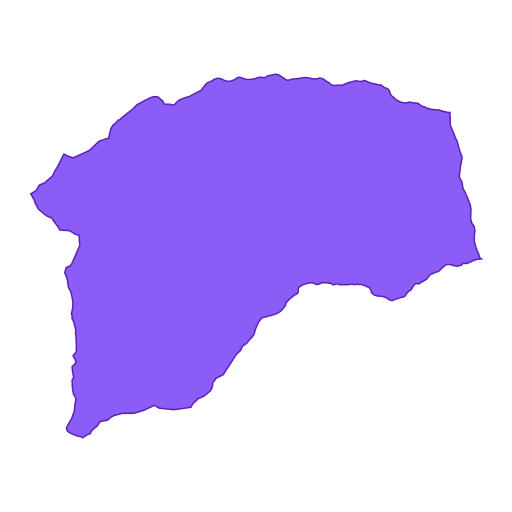 Gasetsho Om, Wangdi Phodrang, Bhutan
{"feature_id": "84629894B49729691627906", "entity_name": "Gasetsho Om", "entity_type": "district", "adm_level": 2, "iso_a3": "BTN", "parent_name": "Bhutan", "parent_adm1": "Wangdi Phodrang", "projection": "mercator", "projection_center": [89.831, 27.343], "detail": "fine", "context": "isolated", "style": "filled", "palette": "violet", "viewbox_px": 512, "rotation_deg": 0, "n_neighbors": 0, "source": "geoboundaries", "source_scale": "gbopen_adm2", "svg_char_len": 5930}
<svg xmlns="http://www.w3.org/2000/svg" viewBox="0 0 512 512"><path d="M481.3,258.9L480.0,258.1L478.5,253.8L476.8,249.9L475.4,245.7L474.4,241.2L474.2,236.3L474.9,230.6L474.2,226.4L471.8,223.1L470.6,218.6L470.8,214.2L471.0,209.2L470.1,204.0L469.5,203.0L469.1,201.6L468.2,200.0L467.8,198.6L467.3,197.1L466.4,195.3L465.7,193.8L465.2,192.4L463.3,189.0L462.8,187.4L462.4,184.4L461.8,181.8L461.3,180.6L460.6,179.6L459.9,178.3L459.4,176.7L459.4,175.5L459.8,171.8L459.9,170.5L460.2,169.5L460.2,168.5L460.5,166.8L460.5,165.4L461.0,164.0L461.2,162.9L461.3,161.3L461.8,159.7L462.1,158.3L461.8,156.8L461.7,155.4L460.9,154.1L460.4,152.3L459.8,151.0L459.3,149.5L458.9,148.0L458.5,146.6L458.0,144.5L457.6,143.2L457.2,141.7L456.7,140.2L455.9,138.9L455.2,137.8L454.7,135.8L453.8,133.6L453.4,132.5L452.9,131.4L452.4,130.7L452.0,129.6L451.8,128.5L451.2,127.4L450.6,126.4L450.2,122.6L450.3,118.6L449.9,114.3L450.1,112.4L447.7,112.5L445.9,111.9L443.9,111.5L441.9,110.9L440.8,110.7L439.0,110.0L438.1,109.7L437.3,109.9L436.2,109.9L434.6,109.7L430.1,109.1L428.1,108.5L427.1,108.3L424.7,106.9L422.5,106.4L420.1,105.0L419.2,104.4L418.7,103.6L417.1,103.2L415.6,103.0L412.5,102.9L410.6,102.2L409.6,102.1L408.3,102.4L406.8,102.8L406.0,102.9L405.1,102.8L403.1,102.6L402.2,102.4L400.5,102.1L398.9,101.2L397.1,100.4L395.7,99.6L394.7,98.4L393.8,97.5L392.6,96.6L391.6,95.9L390.8,94.7L389.9,92.5L389.5,91.1L388.9,90.0L388.4,89.4L387.5,88.8L386.1,88.1L385.2,87.9L383.9,87.3L382.7,86.3L382.1,85.7L380.9,85.0L378.7,84.8L377.2,84.5L376.0,84.1L374.6,83.8L372.6,83.5L370.6,83.0L369.7,82.6L368.6,82.3L367.7,81.9L366.7,81.4L365.0,80.6L364.1,80.5L362.2,81.2L361.0,81.4L359.1,81.4L357.8,81.1L357.1,80.9L355.2,80.9L354.4,81.0L352.1,81.9L348.9,82.4L347.6,82.9L346.1,83.6L344.6,84.2L343.3,84.9L341.7,85.3L339.5,85.2L337.7,85.2L336.1,85.3L334.4,85.5L331.2,84.9L328.9,82.6L326.9,81.6L323.6,79.2L321.7,78.3L319.1,78.1L317.4,78.8L313.4,78.9L306.2,77.5L303.5,77.7L296.8,78.7L291.8,79.1L289.7,79.9L287.6,80.3L285.2,79.4L284.2,78.4L280.9,76.3L278.9,75.0L275.9,74.3L275.1,74.3L271.6,75.1L268.2,75.7L267.2,76.1L265.0,77.7L259.2,77.2L254.2,78.9L249.6,79.5L246.3,79.5L241.9,78.0L240.3,77.4L238.4,77.2L236.1,78.5L233.8,80.1L232.5,80.3L231.1,81.1L230.4,81.2L227.9,81.3L225.2,80.7L221.3,78.9L217.7,78.2L214.4,79.3L211.0,81.3L206.8,83.2L204.7,85.7L201.0,90.4L191.4,95.3L189.5,96.5L185.9,97.4L182.8,98.6L179.3,100.0L176.3,102.5L174.6,104.6L172.8,105.0L169.6,104.2L165.5,104.2L164.4,104.3L162.6,100.8L159.6,98.4L158.4,97.1L155.0,96.6L152.5,97.0L150.9,97.5L149.3,98.3L144.8,100.5L137.0,104.7L134.7,107.0L132.2,109.6L130.8,110.6L130.1,111.1L129.2,111.8L125.0,115.2L123.9,116.0L121.6,117.8L119.5,120.0L118.1,120.1L115.5,123.4L113.3,124.8L110.8,128.7L108.6,138.3L106.8,138.6L105.8,138.8L103.0,139.9L98.9,141.3L89.6,150.3L82.2,153.8L75.9,156.6L75.2,156.9L73.0,157.8L68.6,156.4L63.9,154.1L57.5,166.9L55.3,170.2L52.3,176.3L47.9,179.9L44.9,182.7L43.3,183.4L39.1,185.2L36.3,190.3L31.9,193.3L30.7,193.6L34.4,200.4L35.0,202.9L38.3,209.0L43.8,213.7L47.2,216.2L51.9,218.1L53.8,221.2L57.7,226.4L59.9,230.0L63.8,230.3L68.7,230.6L72.3,232.2L75.4,234.4L79.2,235.3L79.3,240.1L79.8,245.4L77.9,249.6L74.9,256.8L71.8,263.7L69.9,266.0L66.3,267.4L65.2,271.0L64.7,272.9L66.3,276.2L67.5,280.4L68.0,284.6L68.6,287.9L70.8,291.6L71.9,296.1L73.0,303.3L72.5,308.9L71.4,313.9L72.2,316.3L72.0,318.3L73.9,322.2L74.7,325.8L75.8,330.2L75.6,333.8L76.1,338.5L76.4,347.3L76.2,351.7L75.3,353.1L73.1,355.6L73.4,356.5L75.9,361.2L75.6,363.1L72.1,366.7L72.6,372.0L73.7,377.5L72.1,380.1L72.4,387.8L73.5,394.1L76.0,398.5L74.9,404.9L74.4,410.7L71.9,417.9L69.4,422.4L66.4,427.7L66.9,430.2L67.3,430.9L69.5,432.7L72.9,434.3L77.2,436.0L81.2,436.8L82.8,437.7L87.4,434.6L89.9,433.9L91.9,430.4L95.0,427.7L97.3,426.0L100.1,421.6L107.4,420.2L110.9,417.3L113.8,415.6L122.5,413.3L134.1,413.3L144.3,410.1L154.4,405.3L159.4,408.2L173.9,409.7L190.9,407.3L192.8,403.7L196.4,400.6L198.1,398.7L201.2,397.4L204.6,395.7L207.0,393.6L210.1,391.1L211.8,388.5L212.5,385.3L212.9,382.4L214.6,380.6L216.1,378.2L219.7,376.5L223.3,374.6L224.9,371.9L231.9,361.3L236.2,354.5L240.8,350.2L242.4,346.3L246.8,343.1L249.2,340.0L252.1,337.1L254.2,333.9L255.4,329.2L258.5,322.0L261.2,318.8L262.8,317.4L265.5,316.9L269.3,315.9L272.0,315.2L275.3,314.2L279.2,312.3L281.3,310.6L285.5,305.5L285.7,304.2L285.9,303.4L286.5,302.4L289.3,299.3L290.3,298.5L292.3,296.8L294.4,295.2L295.3,294.6L296.7,294.0L297.8,293.1L298.2,291.8L298.2,289.3L298.9,287.5L299.4,287.0L300.7,286.0L302.8,284.8L307.3,283.3L308.2,283.2L312.0,282.7L313.0,282.9L315.9,284.3L317.1,284.5L318.3,284.3L319.2,284.0L320.0,283.6L321.8,282.9L323.1,282.7L325.6,282.8L327.4,282.7L328.7,283.2L331.2,283.4L332.5,284.5L333.2,284.8L333.9,284.7L336.4,283.9L337.1,283.9L337.9,284.0L338.8,284.5L339.7,284.7L342.7,284.7L345.9,284.7L348.2,284.6L349.2,284.5L350.0,284.3L351.5,284.1L352.6,284.3L354.4,284.6L355.4,284.6L356.9,284.3L357.8,284.3L358.6,284.5L360.6,284.4L361.5,284.5L364.7,285.6L366.3,286.3L369.7,288.0L370.9,290.6L371.2,291.6L371.6,292.8L372.5,293.5L373.7,294.7L374.4,295.1L376.0,295.6L377.2,296.0L378.7,296.1L380.9,296.2L382.0,296.5L385.5,297.2L386.6,298.0L387.7,298.8L389.3,299.7L390.3,300.1L392.3,300.7L393.6,299.9L396.1,299.0L398.7,298.3L399.6,297.8L400.4,297.6L401.8,297.4L404.7,296.4L406.2,294.3L406.9,293.2L407.5,292.4L408.5,291.5L409.4,291.0L410.0,290.5L411.2,289.6L411.9,288.5L412.6,287.3L413.5,285.8L414.0,285.0L414.7,284.4L415.4,283.7L416.2,283.5L417.2,283.8L418.1,283.9L419.5,283.5L421.2,282.3L422.0,281.8L423.2,281.2L426.7,279.1L428.7,276.5L430.0,274.8L430.8,274.3L431.6,274.0L432.5,273.7L434.9,272.5L436.3,272.0L438.0,271.7L439.4,270.6L440.1,270.0L440.8,269.1L442.8,267.4L445.0,265.5L445.6,265.0L446.6,264.7L447.9,264.5L449.7,264.5L450.7,264.7L454.7,265.8L456.6,266.2L458.5,266.0L461.1,265.2L461.8,264.7L463.1,263.3L464.2,263.3L465.1,263.5L466.5,263.5L468.5,262.9L469.7,262.3L472.7,260.8L473.8,260.4L474.9,260.0L476.1,259.6L478.3,259.2L481.3,258.9Z" fill="#8b5cf6" stroke="#5b21b6" stroke-width="1.5"/></svg>